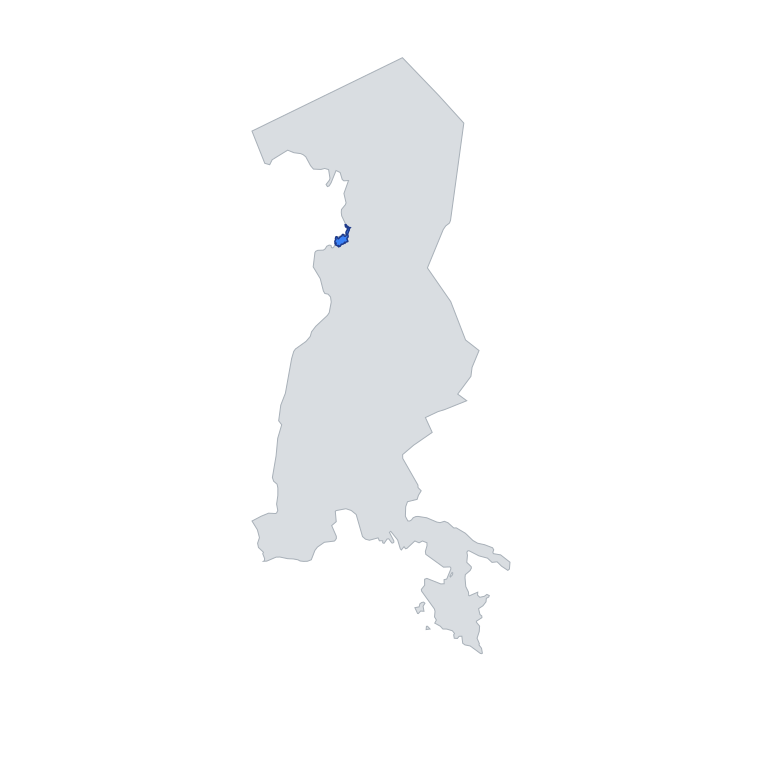 Amudarya, Karakalpakstan, Uzbekistan shown in context, rotated 64°
{"feature_id": "79887680B11316331959400", "entity_name": "Amudarya", "entity_type": "district", "adm_level": 2, "iso_a3": "UZB", "parent_name": "Uzbekistan", "parent_adm1": "Karakalpakstan", "projection": "mercator", "projection_center": [60.011, 42.124], "detail": "fine", "context": "in_parent", "style": "filled", "palette": "blue", "viewbox_px": 768, "rotation_deg": 64, "n_neighbors": 0, "source": "geoboundaries", "source_scale": "gbopen_adm2", "svg_char_len": 5117}
<svg xmlns="http://www.w3.org/2000/svg" viewBox="0 0 768 768"><g transform="rotate(64 384 384)"><path d="M588.7,354.1L599.4,348.9L605.3,352.4L605.8,354.4L599.3,358.2L593.4,360.3L591.7,365.1L585.9,367.3L580.1,374.0L571.0,380.8L570.8,382.2L571.6,383.3L574.6,384.1L580.6,387.8L586.4,385.7L587.8,386.2L589.4,388.4L591.0,394.5L593.6,396.1L601.9,399.3L608.1,399.3L611.3,400.6L611.8,400.1L612.2,391.0L614.8,392.5L617.7,391.4L618.8,386.8L618.2,383.8L620.3,382.1L621.4,383.3L621.5,386.0L624.5,387.8L626.7,392.3L627.4,397.5L633.2,398.8L635.3,397.8L636.9,398.4L637.7,404.9L638.5,405.4L643.5,404.2L648.2,406.9L653.3,411.8L659.1,412.1L660.2,413.0L664.3,412.2L669.1,413.6L669.2,414.4L668.4,415.5L657.2,421.4L654.0,425.6L651.5,426.9L644.8,424.6L643.7,427.1L644.9,429.6L643.3,432.3L639.9,431.3L639.2,430.0L635.8,430.7L631.8,435.0L630.0,438.5L626.3,439.6L621.2,443.2L619.1,440.4L615.5,440.7L610.7,437.8L608.3,437.3L586.7,441.0L585.0,440.5L582.7,435.7L577.3,433.1L577.5,430.7L588.6,420.6L589.9,417.5L586.2,415.8L586.8,413.1L579.6,405.0L578.3,404.5L577.3,404.9L574.7,410.8L555.4,421.1L552.6,420.2L548.3,416.3L545.5,415.0L542.0,418.2L542.1,422.1L538.6,425.1L541.8,435.5L541.5,436.9L539.0,437.3L540.8,441.2L539.3,441.6L530.1,440.1L519.4,442.5L519.7,444.2L529.3,443.9L530.6,444.6L530.8,445.9L530.2,446.7L525.2,447.6L524.7,449.2L527.3,453.8L526.1,454.8L524.3,453.9L522.9,456.9L519.7,456.8L518.0,465.6L515.3,468.7L511.7,470.2L489.1,466.2L483.3,468.9L479.4,472.9L476.8,482.5L477.1,483.6L486.8,487.3L488.3,493.1L499.9,493.6L501.9,494.5L502.9,496.0L503.4,497.5L500.1,507.0L501.4,515.3L503.3,519.1L510.1,526.4L509.8,530.4L508.2,534.0L506.3,537.0L504.3,538.4L501.4,542.3L498.8,547.1L493.9,553.4L492.3,556.9L491.8,567.0L490.5,570.1L490.3,568.9L488.5,567.8L483.4,567.4L482.4,566.1L475.9,568.5L471.7,567.4L467.5,563.3L459.5,561.7L449.3,562.7L449.0,552.2L449.5,544.4L452.9,538.2L452.8,537.0L451.1,534.9L444.9,533.2L437.7,528.3L431.0,525.0L427.2,524.0L423.0,525.8L419.1,525.3L401.3,512.5L386.2,503.3L375.8,493.8L370.9,494.8L357.7,486.0L349.1,476.7L320.7,455.9L315.1,450.8L313.7,448.2L311.5,435.3L308.9,429.4L305.3,426.2L302.2,420.0L297.5,404.7L295.8,401.9L287.2,395.5L282.3,393.9L278.7,394.9L276.7,397.5L273.8,397.7L261.4,395.1L247.7,396.3L235.5,388.4L234.8,387.2L234.8,385.0L237.1,379.8L236.7,377.5L235.1,375.1L235.1,372.4L236.2,370.9L238.4,371.4L239.2,370.5L238.9,369.1L236.1,365.8L230.6,362.9L231.7,360.8L231.9,355.8L232.7,353.1L232.1,352.2L227.8,348.5L214.3,348.3L211.1,347.2L208.5,345.7L205.9,340.1L204.6,338.7L195.2,336.5L185.6,326.7L183.8,331.0L181.9,331.9L174.7,330.7L171.1,333.5L180.0,343.4L181.9,346.4L181.8,348.3L179.3,348.6L176.9,343.8L175.5,342.4L167.0,339.8L164.3,342.8L163.5,346.7L159.9,353.2L155.6,354.3L145.5,354.7L142.5,356.1L140.4,357.9L136.6,363.6L131.6,368.1L133.4,386.2L136.8,390.6L133.4,394.4L98.8,391.8L98.8,224.4L148.7,208.3L184.5,197.9L266.1,252.5L268.0,254.6L269.0,259.3L271.1,263.0L298.7,294.1L339.2,287.9L380.2,291.4L395.6,283.9L407.7,297.6L415.2,302.5L425.4,322.2L435.3,317.0L433.6,340.5L432.5,347.6L432.3,361.5L448.6,361.9L452.0,384.2L455.6,398.2L459.1,399.8L489.7,397.8L492.0,398.8L496.3,397.4L499.1,401.8L502.2,404.8L500.1,414.5L503.8,418.3L512.3,422.8L517.5,422.6L518.4,421.0L518.2,418.8L517.0,416.4L517.1,413.6L517.9,411.5L523.0,404.2L531.3,397.0L533.2,394.4L533.9,389.9L536.8,387.3L544.0,384.4L545.0,382.1L553.8,376.3L563.6,372.7L568.1,369.7L572.5,364.1L578.8,358.2L581.2,358.1L582.9,359.9L584.4,360.1L588.7,354.1ZM586.6,408.9L585.5,406.0L584.0,405.0L583.2,405.4L585.6,409.0L586.6,408.9ZM605.0,454.4L598.6,454.3L599.7,450.1L597.3,448.1L596.9,446.0L597.4,444.0L599.0,443.3L600.9,446.3L605.8,447.7L604.1,450.7L605.4,453.8L605.0,454.4ZM624.4,450.0L623.2,453.8L620.4,452.1L620.8,451.1L624.4,450.0Z" fill="#d9dde1" stroke="#a8b0b8" stroke-width="1"/><path d="M224.1,348.3L223.8,349.0L224.2,349.1L224.4,349.3L225.7,349.6L226.0,349.6L226.3,349.4L226.6,348.4L226.8,348.0L227.6,348.6L228.2,348.8L229.0,349.0L229.5,349.4L229.9,350.4L230.5,351.2L231.1,351.7L231.5,351.9L232.8,352.1L233.0,352.2L233.5,352.5L233.8,352.9L234.1,353.3L234.2,353.8L234.2,354.2L234.0,354.5L233.7,354.8L233.4,354.9L232.7,354.8L232.4,354.7L232.1,354.8L231.7,355.1L231.5,355.5L231.6,355.9L231.6,356.1L231.9,356.4L232.3,356.8L232.5,357.1L232.5,357.6L232.5,358.0L232.6,358.8L232.7,359.4L233.0,360.2L233.4,360.7L233.5,361.3L233.3,361.6L231.9,361.7L231.3,361.7L230.9,362.0L230.7,362.3L230.9,362.9L231.2,363.2L231.8,363.8L232.1,363.7L232.4,363.6L232.6,363.9L232.8,363.8L234.0,365.4L234.6,365.8L235.1,365.9L236.0,366.3L236.2,365.4L236.8,365.5L236.9,366.1L237.5,366.4L238.2,366.3L238.9,365.5L239.6,365.2L239.6,364.4L240.6,364.6L240.5,363.9L240.9,363.8L241.0,363.2L240.6,363.1L240.5,362.2L240.3,361.8L239.8,361.4L239.8,360.8L240.3,359.6L240.0,358.3L239.5,357.5L240.3,357.3L239.8,356.0L239.8,355.2L240.1,354.3L239.9,353.9L238.8,353.8L237.3,353.7L236.8,353.3L236.2,352.0L235.4,351.4L233.7,351.1L232.8,350.4L231.8,349.4L231.1,348.8L230.9,348.2L230.3,347.8L229.1,346.9L228.7,345.8L228.5,346.0L228.5,347.2L228.2,347.5L227.6,347.1L227.3,347.5L226.8,347.3L226.2,347.6L225.7,348.2L224.5,348.2L224.1,348.3Z" fill="#3b82f6" stroke="#1e3a8a" stroke-width="1.5"/></g></svg>